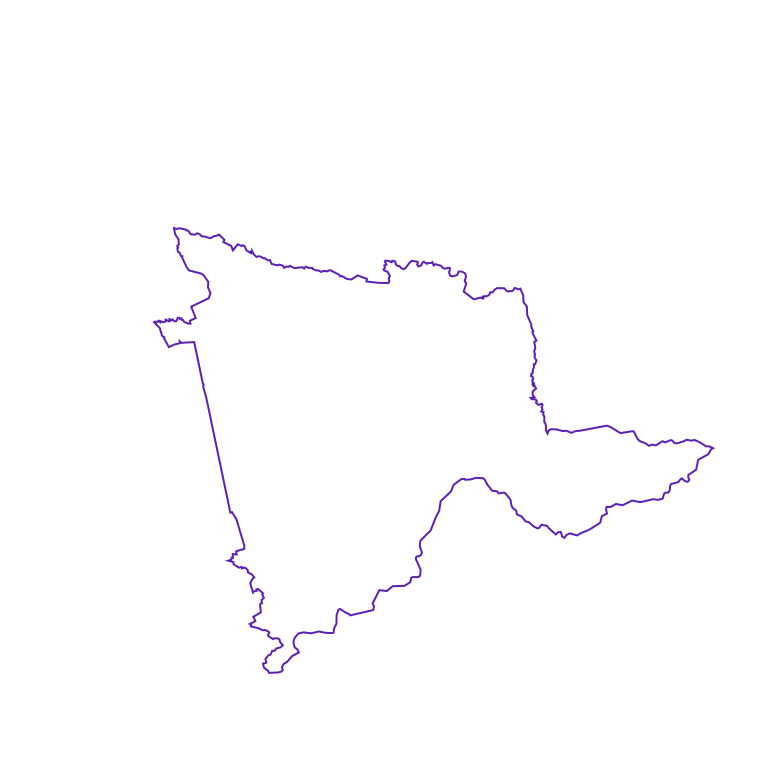 Acateno, Puebla, Mexico (Albers equal-area conic projection), rotated 239°
{"feature_id": "50627088B68645229361242", "entity_name": "Acateno", "entity_type": "district", "adm_level": 2, "iso_a3": "MEX", "parent_name": "Mexico", "parent_adm1": "Puebla", "projection": "albers", "projection_center": [-97.228, 20.1], "detail": "fine", "context": "isolated", "style": "outline", "palette": "violet", "viewbox_px": 768, "rotation_deg": 239, "n_neighbors": 0, "source": "geoboundaries", "source_scale": "gbopen_adm2", "svg_char_len": 6166}
<svg xmlns="http://www.w3.org/2000/svg" viewBox="0 0 768 768"><g transform="rotate(239 384 384)"><path d="M554.8,218.8L547.6,220.6L539.7,218.6L537.1,219.8L536.4,219.0L526.4,218.6L525.8,224.7L524.1,230.1L525.8,230.9L523.6,231.6L517.7,242.9L477.5,228.9L476.6,229.3L475.0,227.7L463.8,224.6L352.8,186.0L352.5,187.7L343.9,187.8L317.1,180.9L314.7,179.2L316.8,171.1L313.7,169.8L316.1,166.8L312.7,164.9L313.6,163.9L312.1,162.5L312.8,159.5L309.0,163.2L307.0,162.2L301.2,165.1L300.5,167.9L299.1,167.3L298.3,170.2L296.1,171.0L294.2,171.3L292.8,170.3L288.7,172.7L285.1,173.2L284.8,171.1L281.9,166.6L272.7,164.3L273.2,165.9L272.3,168.3L273.7,169.0L273.1,170.5L266.8,172.5L266.2,171.2L262.5,170.9L261.9,167.9L258.9,166.5L259.4,165.2L258.6,164.1L251.6,160.8L251.8,152.2L247.0,151.6L247.4,145.3L245.6,146.0L244.7,145.1L239.3,150.7L235.5,153.0L234.4,155.4L231.2,157.5L230.1,157.7L228.4,155.1L227.1,155.2L222.5,157.5L222.6,158.8L220.6,162.1L218.6,162.8L216.3,162.0L212.1,162.7L211.6,159.3L212.8,155.6L211.6,152.9L212.8,150.8L210.5,147.4L211.0,144.9L209.2,140.6L206.1,139.8L205.7,139.1L206.7,136.3L202.9,135.0L197.8,136.9L195.7,136.6L191.4,144.4L190.3,147.9L191.0,150.0L193.7,150.6L195.6,153.7L195.8,158.2L198.1,165.0L197.7,172.7L201.0,173.1L204.2,171.8L208.3,172.9L210.5,174.4L212.5,176.9L214.3,182.1L212.5,187.2L207.8,193.2L205.4,200.8L200.9,205.6L197.0,211.6L197.0,212.9L200.2,215.3L203.1,219.8L210.5,224.5L214.0,228.8L213.9,230.2L212.8,231.0L207.6,233.5L204.7,235.6L203.1,235.8L195.8,258.3L198.4,260.9L201.7,261.2L209.7,273.8L205.1,279.8L206.2,287.3L200.5,297.4L200.5,303.6L201.2,305.2L203.7,307.3L203.8,309.0L200.8,314.1L201.1,316.2L206.0,319.8L217.3,321.1L219.0,322.2L219.2,323.8L218.3,325.1L218.5,328.1L220.6,330.0L224.4,330.5L227.9,332.0L231.0,334.6L234.4,348.5L243.1,359.8L246.9,366.0L254.4,372.2L257.3,385.9L261.7,391.7L262.6,400.6L262.4,402.1L261.0,404.2L260.0,404.4L257.5,409.3L256.2,414.5L252.3,420.3L250.4,421.0L244.5,420.8L236.8,421.7L233.8,425.6L231.1,426.0L229.2,430.8L227.3,431.8L219.7,432.8L213.9,430.6L211.8,430.5L207.1,432.1L203.8,430.8L199.5,433.8L193.3,434.6L190.8,437.1L185.0,438.8L181.1,441.3L180.8,443.1L182.3,446.4L178.5,450.7L175.8,450.9L166.5,453.8L167.2,457.0L166.1,459.3L161.2,458.1L159.2,459.5L160.6,462.5L160.3,466.2L154.7,471.6L154.8,475.4L153.4,484.7L153.6,496.1L153.9,498.1L158.5,502.6L158.1,508.4L162.1,509.7L164.0,511.5L161.9,514.8L161.7,521.1L157.2,526.0L156.3,536.6L150.7,542.9L146.6,555.4L143.6,559.2L142.2,563.8L145.8,567.7L145.8,569.4L144.5,571.6L145.7,574.2L149.1,576.5L150.4,578.6L148.3,585.9L149.2,587.4L149.7,590.7L145.8,591.9L143.9,593.7L144.0,595.3L145.0,596.5L147.2,596.6L149.2,598.0L149.8,607.5L157.2,614.2L156.8,625.7L159.7,631.0L159.5,633.0L162.8,630.9L164.8,627.9L171.7,624.5L176.2,621.3L177.1,618.3L180.4,614.6L180.5,611.4L182.3,604.4L183.8,602.5L187.0,602.0L188.2,600.9L189.1,595.1L191.5,593.2L191.4,585.4L193.9,582.7L194.5,579.3L198.3,577.7L203.4,573.8L206.3,573.1L214.3,573.6L215.4,573.1L220.2,561.3L230.2,556.2L233.5,553.6L243.1,527.7L244.9,524.2L245.7,519.4L249.9,516.3L251.8,512.7L256.0,508.7L259.0,504.3L259.6,501.5L257.3,498.6L261.4,499.1L263.8,500.9L267.2,502.0L268.9,501.8L273.6,504.7L275.7,504.6L277.8,506.3L279.4,504.7L280.6,506.8L282.7,507.0L284.3,509.1L285.8,509.1L286.4,505.8L289.7,504.6L290.7,506.3L292.6,506.1L294.8,503.0L296.5,502.5L295.3,506.2L298.0,505.8L301.1,507.6L301.8,512.0L305.3,512.2L305.2,511.1L306.7,511.0L307.1,512.7L308.3,512.8L308.4,512.0L311.2,513.3L311.2,514.3L312.9,515.2L315.3,514.1L315.7,515.3L316.8,515.5L317.0,517.4L318.9,518.4L321.7,521.7L323.7,522.4L323.2,523.8L325.6,526.8L329.5,526.8L331.6,528.7L334.5,529.4L337.0,532.3L342.7,534.5L342.6,537.0L350.5,537.5L352.2,538.1L352.2,539.0L357.5,539.8L358.8,540.8L369.4,542.3L376.7,546.3L382.3,545.8L388.4,549.0L395.5,550.0L395.9,547.8L399.0,545.7L397.6,542.4L399.2,538.3L400.8,536.9L404.0,536.5L407.9,530.4L407.9,527.8L406.6,523.9L407.9,522.4L406.4,520.4L406.2,519.0L406.5,516.8L408.1,514.3L407.9,513.5L406.4,513.5L406.2,512.9L408.4,511.0L410.3,504.6L422.2,499.9L427.9,506.4L430.5,506.1L434.0,509.7L436.4,510.4L437.9,510.1L440.5,508.4L441.9,505.9L439.7,502.8L440.9,498.1L442.8,496.6L444.3,496.8L446.2,497.3L448.5,499.8L449.9,500.0L451.6,495.4L453.8,493.9L455.8,493.9L460.3,489.7L460.0,487.6L463.5,488.2L463.5,486.5L465.2,483.6L464.9,482.7L468.3,481.1L468.3,479.8L466.5,476.8L467.1,474.0L469.4,474.0L470.0,475.1L471.4,475.8L475.3,471.3L475.0,468.9L472.2,462.1L472.4,459.7L475.0,458.2L477.0,458.1L478.5,456.3L480.2,455.7L482.7,456.7L484.5,455.9L485.3,454.5L484.6,454.2L484.7,452.7L486.5,452.0L489.0,448.9L488.6,447.8L485.1,447.5L485.5,445.4L483.0,444.7L482.5,442.6L481.3,442.6L478.3,444.8L473.4,444.7L472.3,442.6L469.3,441.5L468.3,439.7L473.3,431.7L480.9,421.7L482.9,423.5L490.6,417.4L490.4,409.9L493.0,406.4L498.1,403.7L498.8,401.8L500.6,401.9L508.9,396.8L509.7,395.7L509.8,393.3L511.9,390.7L512.5,387.8L515.3,386.1L516.2,384.5L519.2,382.2L520.4,382.3L522.4,379.0L524.5,377.9L524.9,377.3L524.1,375.0L526.1,374.2L529.4,367.0L533.9,364.0L533.5,362.7L535.0,360.8L534.9,358.3L537.3,358.3L540.1,356.0L540.7,353.7L544.8,349.5L548.9,350.1L549.8,348.1L553.3,346.5L553.4,345.8L556.8,343.8L558.0,342.4L558.6,340.1L562.4,339.1L566.2,339.5L565.6,339.0L566.0,337.8L564.4,337.9L564.5,337.4L569.5,334.9L574.0,335.5L575.8,334.2L575.6,333.1L579.1,330.6L576.3,323.3L581.0,324.2L588.4,319.4L589.7,321.5L597.0,319.6L597.4,316.4L598.3,314.6L598.3,310.4L603.6,305.3L604.3,303.8L607.1,303.3L609.5,301.4L609.4,298.8L612.0,295.4L616.3,295.2L617.4,293.8L618.6,293.6L623.2,288.4L623.4,286.5L625.8,284.3L620.0,282.1L614.1,282.4L609.5,280.2L608.7,277.8L606.8,277.8L606.8,276.8L604.7,275.9L603.2,275.6L601.9,276.5L598.4,275.9L597.3,277.0L596.5,276.1L586.1,275.0L581.7,275.4L573.0,284.0L570.8,285.3L562.0,286.0L557.6,282.9L551.3,282.1L547.8,278.0L549.6,258.6L537.5,256.5L538.2,250.1L535.4,249.1L536.8,247.1L540.2,244.7L542.7,244.6L543.2,243.7L544.6,244.2L544.8,242.5L546.4,242.4L546.9,241.3L544.9,238.6L545.6,236.7L548.1,236.1L548.1,234.2L549.6,234.2L550.1,233.4L548.4,232.7L548.4,232.0L551.6,230.1L550.0,229.0L550.8,226.4L552.6,225.1L552.0,224.2L554.1,223.8L554.4,223.1L553.6,222.5L555.3,219.8L554.3,219.8L554.8,218.8Z" fill="none" stroke="#5b21b6" stroke-width="2"/></g></svg>